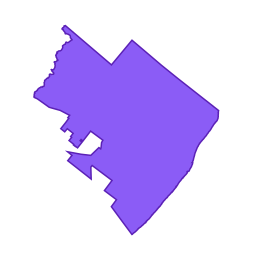 outline of Magdalena, Buenos Aires, Argentina, rotated 86°
{"feature_id": "61730980B51096129050346", "entity_name": "Magdalena", "entity_type": "district", "adm_level": 2, "iso_a3": "ARG", "parent_name": "Argentina", "parent_adm1": "Buenos Aires", "projection": "mercator", "projection_center": [-57.557, -35.188], "detail": "fine", "context": "isolated", "style": "filled", "palette": "violet", "viewbox_px": 256, "rotation_deg": 86, "n_neighbors": 0, "source": "geoboundaries", "source_scale": "gbopen_adm2", "svg_char_len": 5430}
<svg xmlns="http://www.w3.org/2000/svg" viewBox="0 0 256 256"><g transform="rotate(86 128 128)"><path d="M234.5,131.5L234.4,131.2L233.4,130.1L232.1,128.0L231.4,127.2L231.1,126.7L230.1,125.7L229.9,125.3L229.1,124.9L229.0,124.6L228.9,124.6L228.7,124.4L228.7,124.1L228.3,123.5L228.0,123.2L227.8,122.5L226.9,121.5L226.8,121.2L226.5,121.1L226.0,120.3L225.7,119.9L225.6,119.6L224.8,118.9L223.9,117.5L223.7,117.4L223.7,117.2L223.4,117.2L223.3,116.8L223.1,116.8L223.0,116.6L222.8,116.5L222.9,116.4L222.5,116.0L221.9,115.8L221.7,115.5L221.5,115.1L221.1,114.9L220.7,114.0L219.9,113.1L218.6,111.9L217.0,110.5L216.7,110.4L216.7,110.2L216.4,110.1L216.3,109.8L216.1,109.7L216.0,109.4L215.5,109.1L215.2,108.6L214.6,108.2L214.4,107.9L214.2,107.8L214.0,107.4L213.1,106.4L212.6,106.0L212.0,105.3L211.9,105.3L211.7,105.1L211.5,104.8L210.7,104.3L210.7,104.1L210.2,103.8L210.0,103.4L209.4,103.0L209.4,102.8L208.8,102.1L208.5,102.1L208.4,101.8L208.1,101.3L207.2,100.7L206.6,100.1L206.5,99.9L206.1,99.7L205.7,99.7L205.4,99.4L205.4,99.2L205.2,99.1L204.9,98.9L204.7,98.6L204.2,98.2L203.9,98.1L203.7,97.9L203.7,97.7L203.4,97.5L203.1,97.4L203.0,97.2L202.9,97.0L202.8,96.9L202.6,96.6L202.2,96.3L202.2,96.2L201.7,95.8L201.0,95.1L200.9,94.9L200.5,94.5L200.4,94.1L199.9,93.8L199.9,93.6L199.6,93.4L199.6,93.5L199.5,93.3L198.4,92.5L198.2,92.1L197.8,91.6L197.5,91.4L197.4,91.2L196.7,90.4L196.5,90.2L196.2,90.0L196.2,89.9L195.6,89.4L195.4,89.0L194.8,88.5L194.9,88.4L194.7,88.3L194.5,88.0L194.4,88.1L193.6,87.1L192.9,86.6L192.5,86.1L192.2,86.0L192.0,85.7L191.6,85.4L191.0,84.7L190.5,84.5L190.5,84.4L190.4,84.4L190.4,84.2L189.9,83.8L189.7,83.9L189.6,83.6L189.3,83.6L189.3,83.4L188.8,83.0L188.5,82.7L188.1,82.4L187.6,82.1L186.7,81.5L185.2,80.3L184.1,79.1L183.6,78.7L182.7,78.0L182.6,77.8L182.3,77.7L181.9,77.0L181.7,77.0L181.7,76.7L181.3,76.5L181.3,76.4L181.0,76.3L180.9,76.1L180.7,76.0L180.7,75.8L180.0,75.1L179.7,75.0L179.6,74.8L178.7,73.7L177.9,72.9L177.6,72.7L177.0,72.1L176.5,71.9L176.0,72.2L175.6,72.0L175.7,71.6L175.4,71.4L175.5,71.0L175.5,70.6L175.3,70.2L175.0,70.0L174.9,69.9L173.3,69.1L173.2,69.0L172.9,68.8L172.3,68.3L171.9,68.2L171.2,67.5L170.6,67.3L170.1,67.0L169.6,66.9L168.7,66.3L167.0,65.8L166.8,66.0L166.8,66.3L166.4,65.9L165.7,65.7L164.6,65.1L162.5,64.5L159.8,63.5L159.4,63.5L159.0,63.3L157.8,62.9L154.7,61.4L154.4,61.3L154.1,61.1L153.2,60.7L151.7,59.9L151.2,59.4L150.3,59.0L150.0,58.7L149.7,58.6L149.1,58.1L148.6,57.7L148.2,57.7L148.0,57.2L147.9,57.2L147.3,56.6L146.4,55.8L146.1,55.6L146.0,55.3L145.7,55.1L145.6,54.9L145.2,54.7L144.3,53.5L143.9,53.3L143.6,52.9L142.5,52.0L141.4,50.8L140.3,49.9L140.0,49.8L138.3,48.2L137.4,47.7L136.6,46.7L136.2,46.4L135.8,46.0L135.2,45.6L134.6,45.1L133.1,44.2L132.6,43.7L130.6,42.3L130.4,42.0L129.8,41.7L128.9,40.6L128.4,40.5L128.0,39.7L127.6,39.4L127.3,39.0L126.6,38.5L124.8,37.6L123.8,37.4L123.5,37.4L123.0,37.2L122.8,37.2L122.2,37.1L121.8,37.2L121.4,37.2L120.8,37.0L119.3,36.8L119.1,37.0L118.7,36.8L118.4,36.8L116.9,36.4L82.3,74.6L67.8,90.2L40.7,117.9L63.9,140.1L21.5,183.3L21.8,183.8L21.6,184.3L21.7,184.6L22.5,184.8L22.9,185.2L23.1,185.3L23.4,185.6L23.4,186.0L24.1,186.7L24.5,186.9L24.9,186.8L25.0,186.6L25.1,186.1L25.3,185.8L26.0,185.8L28.2,184.2L29.3,184.1L29.7,183.9L29.7,183.6L29.4,183.4L29.4,183.1L29.9,182.3L30.2,181.3L31.5,179.4L32.0,179.2L32.7,179.1L33.6,179.2L34.1,179.1L34.6,178.6L35.7,178.0L35.9,177.7L36.3,177.8L36.4,178.1L36.4,178.3L36.4,178.6L37.2,179.3L37.5,180.2L38.4,181.2L38.6,182.3L38.4,183.0L38.0,183.6L38.1,183.9L38.5,184.2L39.9,184.6L40.0,184.9L40.2,185.7L40.9,186.6L41.2,187.2L41.4,187.5L42.0,187.6L42.6,187.4L43.9,187.8L45.7,189.0L46.3,190.2L46.3,191.7L46.6,192.3L47.0,192.7L47.3,193.6L47.6,193.6L47.9,193.1L48.4,193.2L48.5,193.3L48.3,193.8L48.5,194.0L49.5,194.2L49.9,194.7L50.6,195.0L51.2,194.6L52.0,194.8L53.1,194.2L54.2,194.0L54.6,193.9L55.2,193.2L55.6,193.2L55.8,193.4L56.0,194.3L56.8,195.2L56.7,196.5L56.9,196.9L57.3,197.0L58.6,196.2L59.2,196.5L60.3,196.3L60.7,196.3L61.2,196.5L62.0,196.6L62.5,196.7L63.6,197.5L64.5,198.0L64.7,198.7L64.7,199.0L64.8,199.4L64.7,199.6L64.5,199.8L64.3,200.1L64.4,200.4L64.5,200.5L65.0,200.0L65.5,200.0L66.0,199.9L66.3,199.5L66.9,199.2L67.2,198.7L67.4,198.5L68.0,198.3L68.8,198.3L69.2,198.8L69.1,199.6L69.3,200.7L69.2,201.1L68.7,201.9L68.8,202.2L69.0,202.5L69.6,202.8L70.7,202.6L71.0,202.7L71.5,203.2L71.9,203.4L72.2,203.8L72.1,204.2L72.6,204.4L72.8,204.5L72.7,205.2L72.8,205.4L73.2,206.0L73.9,206.4L74.2,207.2L74.7,207.8L75.1,207.9L75.8,207.9L76.2,208.0L76.8,208.5L77.4,208.5L78.5,208.3L79.1,208.6L79.8,208.6L80.4,208.9L80.6,209.1L80.6,209.6L80.9,210.2L80.7,210.6L81.3,210.9L81.1,211.6L81.1,212.3L81.7,212.9L81.7,213.3L81.9,213.7L82.6,214.8L83.0,215.1L83.5,215.6L84.2,215.8L84.2,216.2L84.7,216.6L85.0,217.0L85.2,218.0L85.3,218.2L86.0,218.6L86.4,218.5L86.5,218.7L86.9,218.5L87.1,218.6L87.3,219.0L87.5,219.1L88.9,219.4L89.2,219.3L89.6,219.0L90.1,219.6L90.9,219.5L92.5,216.5L101.9,205.1L105.7,194.4L110.4,186.8L111.2,185.3L113.5,187.3L114.2,186.4L118.2,189.8L124.0,195.1L127.4,191.4L124.5,188.6L129.5,183.1L132.5,185.8L133.4,184.9L136.4,187.7L140.6,183.2L141.1,183.6L142.8,181.8L142.6,181.6L144.3,179.7L138.9,174.8L137.3,176.6L136.2,175.6L137.8,173.8L128.5,165.5L138.4,153.9L140.7,155.4L145.5,156.2L146.9,156.7L145.5,158.4L152.7,167.0L150.9,176.7L147.5,189.9L151.4,185.8L156.4,190.4L176.4,168.3L164.5,167.8L162.9,166.4L179.2,147.6L188.8,155.9L198.7,144.5L205.3,150.1L220.6,140.4L234.5,131.5Z" fill="#8b5cf6" stroke="#5b21b6" stroke-width="1.5"/></g></svg>